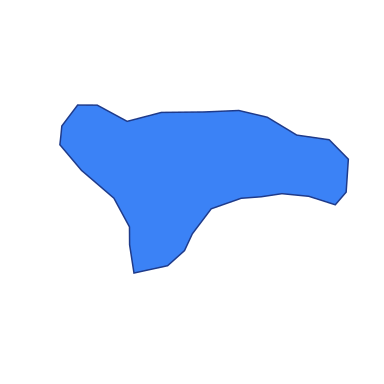 Egkomi Lefkosias, Nicosia, Cyprus (Equal Earth projection), rotated 20°
{"feature_id": "46923920B18592714961636", "entity_name": "Egkomi Lefkosias", "entity_type": "district", "adm_level": 2, "iso_a3": "CYP", "parent_name": "Cyprus", "parent_adm1": "Nicosia", "projection": "equal_earth", "projection_center": [33.317, 35.151], "detail": "fine", "context": "isolated", "style": "filled", "palette": "blue", "viewbox_px": 384, "rotation_deg": 20, "n_neighbors": 0, "source": "geoboundaries", "source_scale": "gbopen_adm2", "svg_char_len": 521}
<svg xmlns="http://www.w3.org/2000/svg" viewBox="0 0 384 384"><g transform="rotate(20 192 192)"><path d="M331.0,155.0L336.9,139.4L327.7,107.7L303.1,96.0L271.0,102.7L237.2,96.0L208.1,99.4L175.9,112.7L136.0,127.7L106.9,147.8L73.2,142.8L54.8,149.4L47.1,174.5L49.5,183.8L51.7,192.8L80.8,209.5L120.7,224.5L145.2,246.2L151.4,262.9L165.2,288.0L174.5,282.1L194.3,269.6L205.0,249.6L206.6,231.2L215.8,201.2L240.3,181.1L258.7,172.8L277.1,162.8L303.2,156.1L331.0,155.0Z" fill="#3b82f6" stroke="#1e3a8a" stroke-width="1.5"/></g></svg>